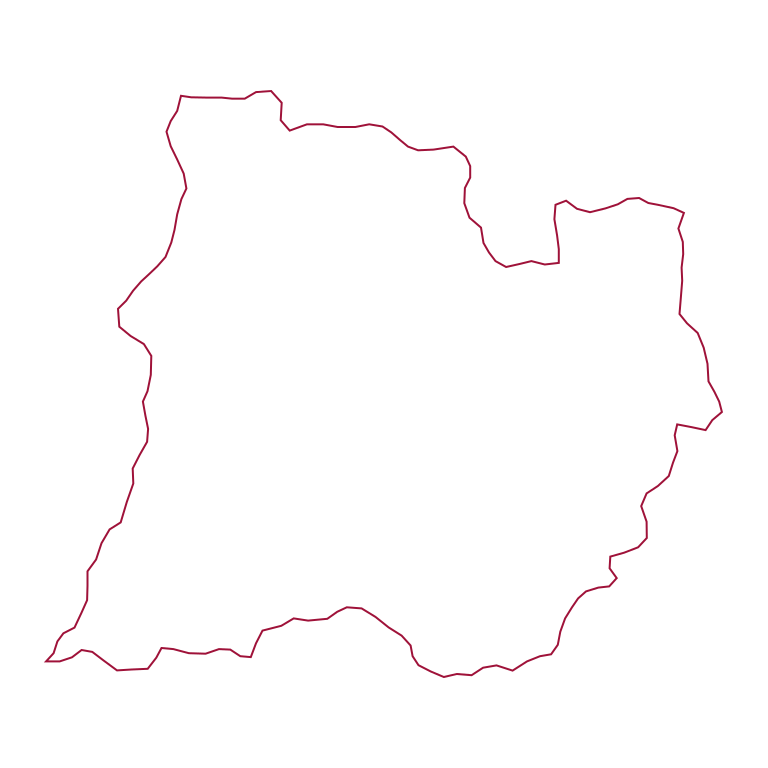 Bom Repouso, Minas Gerais, Brazil
{"feature_id": "56859067B38014938025616", "entity_name": "Bom Repouso", "entity_type": "district", "adm_level": 2, "iso_a3": "BRA", "parent_name": "Brazil", "parent_adm1": "Minas Gerais", "projection": "mercator", "projection_center": [-46.184, -22.441], "detail": "fine", "context": "isolated", "style": "outline", "palette": "rose", "viewbox_px": 768, "rotation_deg": 0, "n_neighbors": 0, "source": "geoboundaries", "source_scale": "gbopen_adm2", "svg_char_len": 2289}
<svg xmlns="http://www.w3.org/2000/svg" viewBox="0 0 768 768"><path d="M683.9,212.9L673.6,208.2L657.9,204.8L648.3,203.0L639.1,198.0L627.4,198.9L617.8,204.3L605.4,208.4L590.0,212.2L577.0,208.8L566.1,200.7L555.5,204.8L554.4,219.2L557.1,235.5L558.8,249.1L558.8,262.9L544.8,264.5L531.4,261.1L519.5,264.0L506.1,267.0L495.5,261.1L489.0,252.5L483.5,243.0L481.0,227.6L469.5,217.7L464.3,203.2L464.9,188.0L470.2,177.6L470.2,166.1L465.8,156.6L453.4,146.6L433.6,149.6L418.1,150.3L408.0,146.6L399.9,139.9L391.3,132.4L382.5,126.5L369.2,124.3L355.4,127.0L337.6,127.0L323.1,124.3L307.0,124.3L289.7,130.6L280.7,120.2L281.7,102.8L271.1,91.0L256.0,92.1L244.7,98.7L232.4,98.7L221.7,97.6L207.1,97.6L191.2,97.3L181.0,95.8L177.2,110.9L170.7,121.1L166.5,131.7L170.7,146.2L177.2,159.5L183.7,173.6L186.4,188.5L181.4,199.1L177.2,214.3L174.5,229.9L171.3,242.5L165.5,257.0L157.3,266.3L148.8,274.4L141.2,281.4L133.1,290.7L126.2,300.7L118.0,308.8L119.3,326.7L130.6,336.0L143.9,344.1L151.3,355.9L150.8,374.9L147.5,391.2L142.9,401.6L145.4,415.6L148.1,428.9L147.1,441.8L139.6,455.0L132.7,468.5L133.3,483.5L126.8,502.0L120.7,522.4L109.6,529.4L101.5,543.2L96.1,559.5L87.5,571.3L87.5,585.8L87.1,600.2L81.6,612.5L74.5,627.6L63.4,633.3L57.4,641.4L53.6,653.2L46.1,661.4L59.7,661.4L72.0,657.3L81.6,650.0L92.3,651.9L103.2,660.2L117.0,670.4L131.6,669.5L147.7,668.8L156.3,657.7L161.5,648.0L173.4,649.1L188.9,653.2L205.6,653.7L219.0,649.1L230.3,649.6L240.3,656.2L250.8,657.1L256.0,643.3L262.5,630.6L281.3,625.8L293.7,618.4L308.1,620.6L327.3,618.8L337.2,611.8L346.8,607.3L361.6,608.4L375.6,617.0L388.6,627.4L401.6,635.6L410.6,645.5L412.6,656.2L418.5,665.2L430.8,671.5L443.8,677.0L456.8,674.0L471.6,675.2L483.1,667.7L496.5,665.4L512.6,670.6L527.0,661.4L540.0,656.2L551.1,654.3L557.8,644.8L560.3,631.7L565.1,618.4L572.0,607.3L578.1,598.4L586.0,591.4L598.3,587.6L609.2,586.4L616.7,578.1L609.6,568.3L610.3,556.6L624.1,552.7L638.1,547.3L646.8,538.0L646.6,521.7L641.2,506.1L646.6,493.4L657.9,486.0L668.8,476.0L673.0,462.7L677.4,451.1L674.7,435.3L677.2,424.4L691.4,427.1L705.6,430.1L712.3,420.1L721.9,412.0L719.2,401.6L714.4,391.8L708.5,381.4L707.5,363.8L703.7,347.7L697.7,333.0L687.0,323.3L679.5,314.0L680.9,297.0L682.2,280.8L681.6,267.6L683.2,254.1L682.8,241.9L678.4,228.5L683.9,212.9Z" fill="none" stroke="#9f1239" stroke-width="2"/></svg>